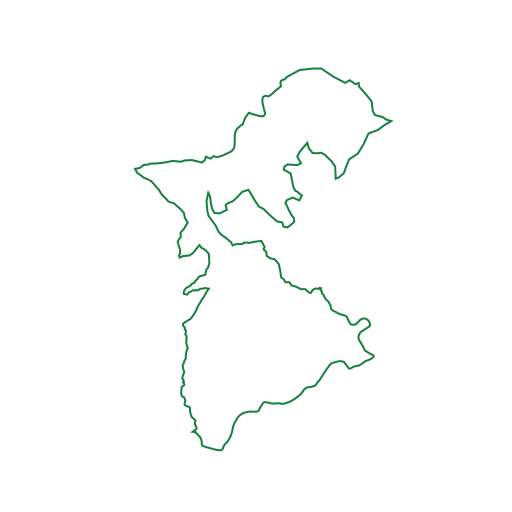 Kanana, Berea, Lesotho, rotated 194°
{"feature_id": "5366337B51375862346998", "entity_name": "Kanana", "entity_type": "district", "adm_level": 2, "iso_a3": "LSO", "parent_name": "Lesotho", "parent_adm1": "Berea", "projection": "albers", "projection_center": [27.578, -29.257], "detail": "fine", "context": "isolated", "style": "outline", "palette": "green", "viewbox_px": 512, "rotation_deg": 194, "n_neighbors": 0, "source": "geoboundaries", "source_scale": "gbopen_adm2", "svg_char_len": 6112}
<svg xmlns="http://www.w3.org/2000/svg" viewBox="0 0 512 512"><g transform="rotate(194 256 256)"><path d="M328.6,340.3L328.9,336.5L331.1,333.6L341.3,333.6L346.7,332.0L348.8,331.2L351.6,329.3L354.5,328.9L359.9,328.1L366.7,324.8L375.1,321.7L381.1,320.0L383.0,318.5L386.9,317.2L390.1,313.3L392.7,312.1L394.5,311.4L391.2,307.8L387.3,306.4L383.3,304.7L380.0,304.3L376.0,303.3L371.8,300.7L369.1,298.6L366.2,296.7L362.8,293.3L359.0,290.9L357.2,289.8L354.4,287.8L352.3,287.4L348.8,287.4L341.3,283.6L336.5,280.5L334.2,275.7L330.3,271.9L331.5,268.3L332.3,265.4L333.3,263.0L334.3,261.9L334.8,260.1L333.7,256.8L333.9,255.4L334.5,254.2L335.5,251.0L334.5,249.4L333.9,247.8L332.2,245.5L331.5,244.1L330.7,242.1L330.4,240.6L330.4,238.9L330.8,237.6L329.4,236.0L326.7,238.3L324.8,238.9L323.0,239.8L321.3,240.0L318.7,242.6L316.8,245.6L315.7,248.4L313.5,252.9L310.8,250.6L309.1,250.5L305.5,248.9L302.3,246.6L299.6,238.3L299.6,236.0L299.7,233.2L300.9,230.7L300.7,225.4L305.3,223.0L306.4,222.1L306.8,220.5L307.6,219.0L308.5,217.7L309.4,215.0L311.5,213.6L312.2,211.5L315.7,208.4L316.8,206.5L317.3,204.8L317.3,202.9L316.6,201.7L314.7,201.9L313.4,201.9L312.7,203.6L311.9,204.8L310.4,205.9L308.8,207.6L306.9,207.6L305.9,208.5L303.8,208.7L302.3,210.7L300.9,210.9L298.8,212.1L297.0,212.7L293.9,212.9L295.0,210.1L296.8,203.3L297.7,201.5L299.4,195.7L300.5,191.9L300.9,188.9L301.3,187.0L302.9,182.3L304.2,179.3L308.7,174.8L310.5,172.4L309.7,170.7L308.0,169.5L307.3,167.5L306.0,166.7L305.6,165.0L305.8,163.2L303.9,161.2L302.7,155.0L299.8,149.6L300.3,148.0L300.3,145.6L300.2,143.3L299.4,139.8L300.2,136.1L300.2,134.0L300.8,132.5L299.9,130.1L297.4,125.4L297.9,123.9L298.1,122.5L297.9,119.4L296.7,118.3L295.7,117.1L296.3,115.8L294.8,114.9L294.4,113.3L296.4,111.0L295.4,104.6L293.9,102.0L291.4,101.3L289.5,98.6L289.7,96.0L289.2,94.4L287.4,93.5L284.8,93.5L283.5,93.0L282.8,90.4L281.4,87.2L280.4,85.8L279.4,84.2L276.3,82.6L274.9,81.8L274.9,78.9L274.0,77.3L272.3,75.3L272.0,73.8L274.9,70.1L272.0,70.5L271.9,69.8L270.9,69.6L267.0,67.2L265.9,66.2L264.2,63.8L263.9,63.2L263.3,60.7L262.6,59.6L262.2,59.2L261.5,58.9L260.5,58.7L257.1,58.5L247.5,58.3L244.1,58.7L243.1,59.0L242.5,59.3L242.2,59.7L241.7,60.6L241.5,61.7L241.5,62.6L241.2,64.3L240.4,66.3L239.8,67.1L238.7,69.1L238.0,71.1L237.0,75.7L236.8,77.7L236.7,80.9L237.0,84.0L236.9,85.7L236.5,88.6L235.4,92.3L235.1,94.0L233.8,96.5L232.8,98.0L231.6,99.4L228.5,101.7L224.6,103.5L223.1,103.9L220.8,104.3L218.9,104.7L218.0,105.0L217.0,105.6L216.5,106.0L215.8,107.1L215.2,110.8L214.6,111.9L214.1,113.7L213.5,115.3L213.0,115.8L212.0,116.4L208.2,116.7L204.7,116.7L198.3,118.6L196.8,118.8L195.7,118.8L194.6,118.9L193.2,119.5L191.4,120.4L188.1,122.7L186.6,123.9L184.3,126.2L179.7,131.9L178.8,133.5L177.3,137.3L176.4,139.0L175.4,139.9L174.7,140.7L174.3,141.0L173.8,141.3L171.3,142.2L169.3,143.0L168.9,143.6L167.3,144.6L166.7,145.3L166.0,147.6L164.3,151.0L160.9,161.2L158.2,167.8L157.6,169.1L157.1,169.7L156.2,170.5L153.2,172.3L150.2,173.9L149.0,174.3L146.9,174.6L145.2,174.5L144.7,174.2L138.9,169.5L138.5,169.4L137.9,169.4L137.3,169.6L134.5,172.2L133.7,172.7L132.6,173.1L131.8,173.7L130.2,174.3L129.3,175.0L128.2,176.0L126.8,177.6L125.6,179.1L124.2,180.6L122.8,181.5L120.0,183.5L118.7,184.9L118.1,185.4L117.7,186.1L117.6,186.7L117.5,187.2L117.7,187.7L118.2,188.0L120.1,188.4L121.1,188.8L122.1,188.9L124.1,189.6L124.9,189.8L127.7,190.8L128.3,191.7L131.1,195.0L135.9,199.7L136.7,201.2L136.9,202.0L137.1,203.0L137.0,204.2L136.6,206.1L136.0,207.4L135.2,208.5L134.0,209.7L133.2,210.7L131.7,212.1L129.5,214.6L128.9,215.4L128.7,215.9L128.7,216.4L128.7,217.1L129.2,218.1L129.9,219.0L130.7,219.9L132.0,220.9L132.7,221.2L134.5,221.7L136.7,221.4L137.3,221.1L138.5,220.3L139.5,219.2L140.3,217.6L141.2,216.3L141.6,215.2L143.5,213.4L144.3,213.0L145.0,212.8L146.8,212.6L147.5,212.7L148.3,213.1L149.0,213.8L150.1,215.0L150.9,216.2L151.9,217.4L154.0,219.6L156.6,219.8L158.8,219.8L161.3,220.0L165.1,221.0L167.7,221.5L169.4,222.2L170.0,222.7L170.4,223.2L171.2,224.8L171.6,225.7L172.0,226.4L173.1,227.4L174.4,229.0L175.1,229.5L177.6,230.8L180.1,233.0L180.7,234.3L183.2,235.9L183.5,237.5L185.4,238.7L185.1,240.4L186.6,240.4L187.8,239.2L190.8,238.7L192.9,236.6L193.8,233.4L196.2,233.5L200.1,235.8L204.6,234.7L209.5,235.9L214.6,236.1L217.4,238.7L221.0,237.6L223.6,240.2L226.3,241.2L229.3,248.4L232.1,253.8L236.9,257.2L241.8,257.2L245.6,258.7L247.1,262.5L250.3,264.4L249.8,266.8L254.5,271.9L259.5,270.0L262.5,268.7L265.8,267.0L268.6,266.8L271.3,265.8L272.2,264.2L278.2,262.7L281.2,260.6L283.4,263.2L289.8,266.4L294.3,268.0L298.1,270.4L300.2,272.8L302.2,275.5L311.7,283.4L314.2,288.2L317.3,297.3L317.6,305.7L315.1,302.8L312.3,295.9L309.9,291.0L306.6,287.7L301.3,288.7L295.5,293.7L296.9,296.3L297.8,298.3L296.1,300.4L291.8,303.5L288.6,308.3L285.0,314.8L279.4,318.4L276.1,315.3L271.0,310.0L265.2,304.7L260.2,303.5L252.1,298.8L244.1,294.7L238.7,294.9L236.3,291.1L232.5,291.3L230.6,293.5L227.2,298.2L228.2,301.9L231.7,304.5L235.2,308.4L238.1,312.2L240.3,314.6L239.6,317.7L234.5,321.6L227.5,320.4L226.0,325.9L228.4,326.8L231.7,328.5L233.6,328.8L236.4,331.9L242.3,344.4L250.0,346.5L250.0,349.8L247.4,352.5L237.8,354.2L234.8,357.0L240.0,362.4L238.8,367.6L233.6,378.2L230.9,373.4L226.0,369.6L221.3,370.5L217.8,372.0L213.6,370.9L205.5,366.1L200.9,362.1L199.1,356.3L197.4,350.3L194.6,352.3L190.8,357.7L190.1,364.9L189.0,372.4L181.9,380.1L178.6,390.7L176.5,402.1L168.3,407.7L163.0,414.1L157.4,419.6L162.9,419.9L166.2,421.4L174.7,421.6L177.8,424.9L181.1,433.8L187.4,438.7L197.0,445.3L198.2,448.7L201.0,446.8L207.6,449.2L211.3,445.6L224.3,448.7L238.1,453.7L245.7,451.8L258.7,447.0L269.2,437.4L271.0,434.2L272.8,433.3L274.2,431.9L274.2,429.8L272.8,426.8L274.4,424.5L275.8,422.9L277.0,421.3L279.8,417.0L280.7,415.8L282.5,413.9L285.3,413.9L287.5,412.3L287.7,409.3L286.5,405.6L284.1,401.0L281.5,396.4L282.3,393.8L283.9,392.9L286.3,392.7L289.3,392.7L294.1,392.9L297.6,393.2L299.8,387.8L300.2,385.7L300.4,384.1L300.6,380.7L302.2,379.3L305.2,374.7L306.0,371.2L305.9,368.4L303.6,358.5L303.4,356.5L303.7,354.4L305.1,351.6L311.8,346.1L314.9,344.0L318.1,342.4L321.5,342.6L323.5,339.6L325.5,339.6L328.6,340.3Z" fill="none" stroke="#15803d" stroke-width="2"/></g></svg>